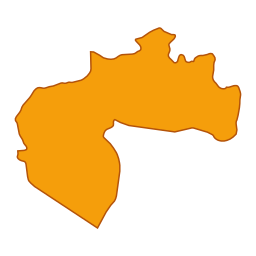 the Province of Biskra
{"feature_id": "DZA-2211", "entity_name": "Biskra", "entity_type": "Province", "adm_level": 1, "iso_a3": "DZA", "parent_name": "Algeria", "parent_adm1": "", "projection": "equal_earth", "projection_center": [5.569, 34.431], "detail": "fine", "context": "isolated", "style": "filled", "palette": "amber", "viewbox_px": 256, "rotation_deg": 0, "n_neighbors": 0, "source": "natural_earth", "source_scale": "10m", "svg_char_len": 2811}
<svg xmlns="http://www.w3.org/2000/svg" viewBox="0 0 256 256"><path d="M72.4,82.4L81.2,80.2L83.6,78.9L87.2,76.0L89.6,73.0L90.7,70.9L91.0,68.7L90.6,51.8L93.7,52.0L99.7,55.3L103.4,57.8L107.7,59.0L111.0,59.3L114.0,58.9L116.2,57.9L118.4,56.3L120.3,55.2L122.1,54.7L132.3,54.1L134.2,53.7L135.5,53.1L136.8,52.1L137.7,51.5L139.4,50.8L140.5,50.0L140.9,49.1L140.9,47.6L140.7,46.8L140.1,45.6L139.6,44.9L136.1,41.2L135.4,40.0L135.8,39.2L142.1,37.5L149.6,32.3L153.6,30.2L159.1,28.0L159.9,28.0L160.9,28.4L164.0,31.4L171.5,34.6L173.3,34.6L174.6,34.8L175.2,35.2L175.3,36.5L174.7,37.8L173.8,39.1L170.3,42.4L169.2,43.7L168.8,44.8L169.9,48.9L169.8,50.8L168.4,54.3L168.4,56.2L169.5,58.0L171.6,60.0L172.6,61.1L174.2,62.7L175.8,62.8L176.9,62.0L177.5,61.5L178.7,57.3L179.4,55.7L180.2,54.9L181.1,54.6L182.2,54.9L183.3,55.4L184.1,56.5L184.6,57.8L185.0,59.3L185.5,60.7L185.8,61.3L186.4,61.8L187.7,62.3L189.4,62.4L191.4,61.4L191.7,61.3L193.4,61.5L193.6,61.4L193.8,61.1L194.5,59.0L195.3,57.9L197.9,56.2L199.2,55.7L200.7,55.5L202.9,55.5L207.3,54.5L209.3,53.7L210.9,53.5L212.4,53.9L214.0,56.1L214.9,57.7L215.1,59.5L214.9,60.4L214.1,62.3L213.9,63.5L213.7,65.3L213.7,70.1L212.6,76.4L212.7,78.2L213.4,80.2L214.5,81.8L216.0,83.3L218.6,86.8L219.5,87.5L220.8,88.3L222.3,88.7L223.9,88.8L225.2,88.5L225.8,88.2L226.4,87.2L228.0,87.3L229.1,87.2L233.5,85.8L234.9,85.6L236.1,85.6L236.8,85.7L237.5,86.0L238.0,86.5L238.7,87.6L240.0,91.3L240.5,93.3L240.6,94.9L239.9,99.7L239.8,103.6L239.4,107.7L238.1,115.1L236.9,120.0L236.4,120.9L236.1,122.4L236.1,123.8L236.9,129.9L236.1,134.1L233.1,137.0L230.0,139.1L226.8,140.4L224.1,141.0L221.3,141.0L219.4,140.6L218.1,140.2L216.4,139.3L215.1,138.3L214.1,137.1L213.5,135.9L212.6,134.8L207.5,132.2L193.5,128.0L191.9,127.9L174.8,131.9L128.9,125.5L120.5,122.5L115.1,119.7L114.8,119.6L114.4,119.8L113.9,120.5L113.4,122.0L113.5,123.9L113.3,125.6L112.3,126.7L110.7,127.7L107.1,129.2L106.1,129.9L105.1,130.9L104.5,132.0L103.9,133.4L103.5,134.9L103.3,136.3L103.6,137.2L104.1,137.8L110.3,143.8L113.5,148.1L116.3,152.6L117.2,154.5L118.6,158.6L119.5,162.9L119.8,165.4L119.8,171.2L116.4,196.0L115.6,198.7L114.5,201.0L110.7,205.3L106.1,212.0L97.5,228.0L34.6,186.5L30.7,183.0L28.8,180.8L28.3,179.6L27.6,176.5L26.1,164.7L25.8,163.3L25.2,162.1L24.2,161.4L21.2,160.6L19.5,159.8L18.1,158.6L17.5,157.6L17.3,156.8L17.8,154.9L18.0,153.9L17.8,150.9L24.1,150.4L25.2,150.1L26.5,149.5L26.8,148.6L26.7,147.3L26.0,146.0L24.8,144.6L23.8,143.2L22.5,139.6L20.3,136.1L19.3,134.0L17.3,123.6L16.8,122.4L16.1,121.5L15.5,120.5L15.4,118.7L16.4,116.6L19.7,112.3L20.9,110.2L21.9,107.2L23.2,105.0L29.8,97.5L31.3,95.3L34.0,90.9L35.7,89.1L37.5,87.9L39.1,87.6L40.7,87.7L43.2,88.2L44.4,88.2L45.7,87.9L49.3,86.7L53.3,86.0L60.9,83.1L62.2,82.9L64.6,83.3L66.0,83.2L68.4,82.3L69.5,82.2L70.9,82.4L72.4,82.4Z" fill="#f59e0b" stroke="#b45309" stroke-width="1.5"/></svg>